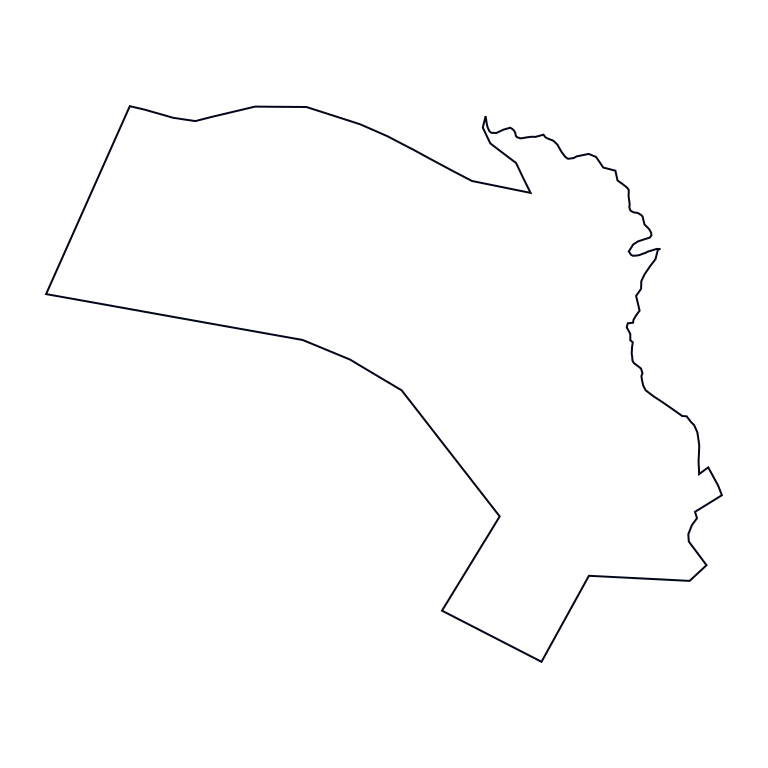 Badr, Al Buhayrah, Egypt (Albers equal-area conic projection)
{"feature_id": "37247803B14038420995681", "entity_name": "Badr", "entity_type": "district", "adm_level": 2, "iso_a3": "EGY", "parent_name": "Egypt", "parent_adm1": "Al Buhayrah", "projection": "albers", "projection_center": [30.722, 30.547], "detail": "fine", "context": "isolated", "style": "outline", "palette": "ink", "viewbox_px": 768, "rotation_deg": 0, "n_neighbors": 0, "source": "geoboundaries", "source_scale": "gbopen_adm2", "svg_char_len": 3173}
<svg xmlns="http://www.w3.org/2000/svg" viewBox="0 0 768 768"><path d="M46.1,294.1L213.0,324.0L302.7,340.0L350.1,359.6L360.4,365.8L365.8,369.0L383.4,379.5L401.6,390.3L412.0,403.6L446.1,447.5L471.7,480.4L472.7,481.7L473.0,482.1L499.7,516.4L485.5,539.7L485.0,540.4L442.0,610.7L541.5,661.8L588.9,575.8L689.6,580.9L706.5,565.2L692.6,546.6L691.9,545.7L688.8,541.5L688.3,534.3L691.9,525.1L697.0,518.2L695.0,511.8L709.8,502.7L721.9,495.2L718.1,485.5L708.5,467.9L708.2,467.4L699.1,474.1L698.9,467.5L698.7,465.6L698.6,462.6L698.6,460.3L698.7,458.4L698.8,456.3L698.8,456.1L698.9,454.6L699.0,452.4L699.1,449.1L699.2,447.1L699.2,445.2L698.6,440.5L697.7,434.7L697.4,432.5L696.5,430.4L695.2,427.5L694.2,425.2L692.5,423.5L690.9,421.9L689.0,419.4L686.6,416.3L682.2,416.0L673.3,409.7L663.4,402.8L658.6,399.6L656.4,398.2L654.7,397.1L653.1,396.0L651.4,394.7L649.2,393.0L647.6,391.8L645.7,390.3L644.7,388.4L643.2,385.5L642.8,383.7L642.0,380.1L641.4,376.1L642.5,373.1L642.2,372.3L641.8,371.1L641.0,368.5L639.3,367.2L637.4,365.7L637.1,365.5L636.0,364.7L633.7,362.9L632.5,360.7L632.3,358.6L632.2,356.8L631.9,355.0L631.7,353.7L631.9,350.4L632.0,347.4L632.8,342.3L630.3,340.2L630.3,334.0L626.7,327.2L627.8,323.3L633.1,322.7L633.4,320.1L634.3,318.5L635.1,317.1L636.4,314.9L637.6,313.3L639.6,310.7L638.4,305.6L636.1,295.9L641.1,288.8L641.3,281.2L644.1,275.3L644.7,274.1L649.7,266.8L650.9,265.1L653.4,261.9L655.5,259.1L656.9,253.6L658.0,249.5L660.5,249.0L656.8,248.9L655.2,249.4L653.4,249.9L652.9,250.1L649.3,251.2L647.6,251.7L646.8,252.1L645.3,253.0L643.5,253.5L639.6,255.0L637.1,255.5L633.0,255.8L630.9,254.7L630.0,253.2L628.8,251.4L630.3,249.1L630.7,248.5L631.5,247.2L633.2,244.5L635.8,242.8L638.2,241.3L641.0,240.4L647.5,238.3L649.9,237.5L651.4,235.5L651.2,232.9L649.7,230.1L649.0,229.0L646.7,226.7L644.5,224.5L643.7,221.2L643.2,219.3L642.6,216.5L641.3,215.1L639.5,214.0L639.2,213.8L637.7,212.9L633.7,212.4L630.5,210.7L629.7,208.6L629.3,206.5L629.7,204.8L629.4,202.1L629.0,199.5L628.9,198.5L628.6,196.4L628.7,193.4L628.8,190.3L628.3,189.2L626.6,187.2L624.4,185.5L623.9,185.1L622.7,184.2L621.6,183.3L620.0,182.2L619.9,182.2L619.7,182.0L618.6,181.3L617.5,180.5L615.4,170.7L611.2,169.6L608.2,168.8L606.7,168.4L603.3,167.6L599.6,162.1L596.0,156.9L588.6,153.9L583.6,155.0L580.0,155.7L579.6,155.8L576.8,156.3L573.5,158.1L570.2,158.5L568.1,158.8L565.2,156.9L563.2,154.1L561.4,151.7L558.6,146.8L557.4,144.6L555.4,142.7L553.3,140.7L550.5,139.6L547.7,138.5L545.4,137.3L543.5,134.7L539.8,135.7L538.1,136.2L537.6,136.3L535.4,136.9L533.4,136.8L530.9,136.8L527.3,137.3L523.7,137.9L520.6,138.4L517.3,137.3L515.9,136.0L515.2,132.6L513.7,130.2L512.1,128.8L510.0,127.7L509.2,128.0L508.2,128.3L505.7,129.0L503.4,129.7L501.1,130.8L499.3,131.6L496.3,133.0L494.1,132.9L491.4,132.9L489.4,131.2L488.3,128.8L487.6,127.2L486.8,124.0L486.5,122.0L486.0,118.7L485.9,118.2L485.6,116.1L482.8,127.6L490.3,143.4L506.0,155.4L516.1,163.0L522.9,177.4L530.6,192.9L472.0,181.0L452.8,171.0L442.2,165.3L434.3,161.1L412.0,149.0L407.1,146.5L387.6,136.3L360.2,124.3L322.6,112.2L306.4,107.0L276.6,106.8L255.1,106.6L211.3,117.0L195.3,121.1L173.2,117.8L144.5,109.6L129.8,106.2L46.1,294.1Z" fill="none" stroke="#020617" stroke-width="2"/></svg>